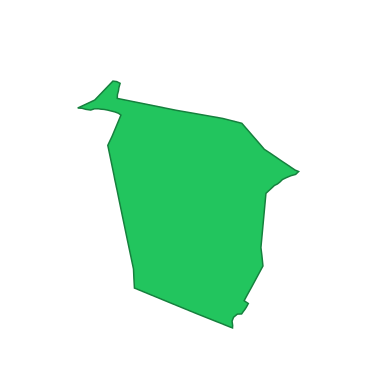 the district of Valente, Bahia, Brazil, rotated 237°
{"feature_id": "56859067B76755801477613", "entity_name": "Valente", "entity_type": "district", "adm_level": 2, "iso_a3": "BRA", "parent_name": "Brazil", "parent_adm1": "Bahia", "projection": "equal_earth", "projection_center": [-39.428, -11.383], "detail": "fine", "context": "isolated", "style": "filled", "palette": "green", "viewbox_px": 384, "rotation_deg": 237, "n_neighbors": 0, "source": "geoboundaries", "source_scale": "gbopen_adm2", "svg_char_len": 1053}
<svg xmlns="http://www.w3.org/2000/svg" viewBox="0 0 384 384"><g transform="rotate(237 192 192)"><path d="M324.7,141.9L322.1,145.4L319.2,147.9L315.9,151.7L314.9,155.5L312.8,158.8L311.0,160.8L309.1,163.3L306.8,165.7L303.9,168.4L301.2,170.9L298.1,173.2L295.2,174.3L282.3,155.4L277.0,146.8L248.3,135.6L244.7,134.1L240.7,132.6L237.7,131.4L234.2,130.1L230.4,128.6L224.3,126.2L188.6,112.3L159.3,101.0L151.3,96.3L142.8,91.4L109.3,114.5L87.2,129.8L55.9,151.9L57.9,153.4L61.9,155.3L64.3,158.6L64.9,163.5L62.7,167.2L63.8,169.9L64.9,172.9L66.2,175.6L67.8,178.5L72.4,176.5L75.4,181.9L79.8,190.2L87.2,203.7L91.3,211.2L100.8,216.1L107.8,219.5L150.6,253.3L152.6,264.7L152.2,268.0L152.5,271.2L153.2,274.7L152.7,278.7L151.8,283.8L150.3,288.5L151.1,292.6L154.3,290.4L168.8,284.2L172.1,282.8L178.9,280.0L185.2,277.3L188.4,275.9L192.3,275.4L204.5,273.7L222.5,271.2L236.9,257.9L256.5,236.9L269.1,223.3L311.2,180.3L314.2,182.4L316.9,185.4L319.2,187.4L322.3,190.9L325.6,189.0L328.1,186.1L322.1,160.5L324.7,141.9Z" fill="#22c55e" stroke="#15803d" stroke-width="1.5"/></g></svg>